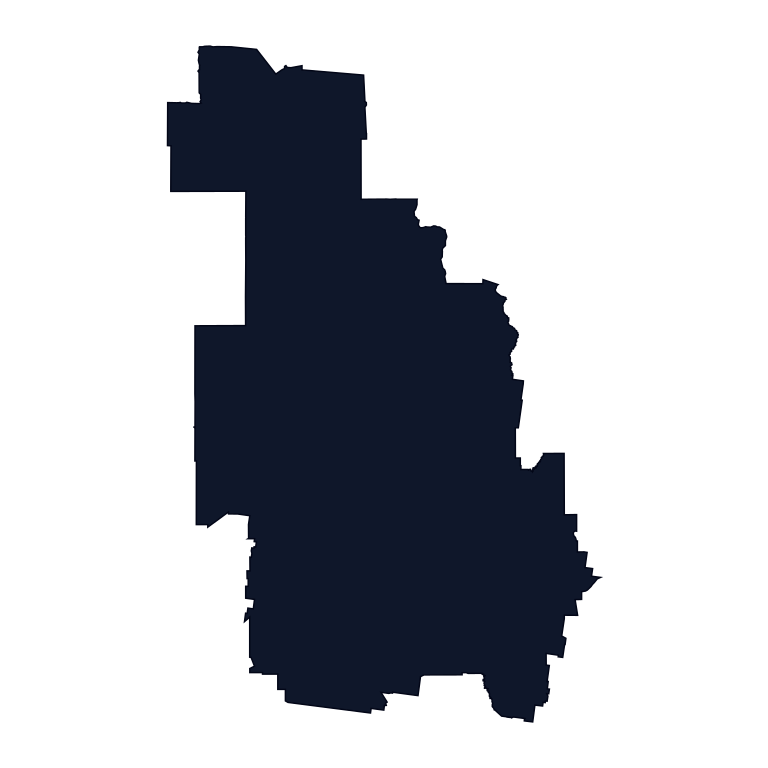 Buloke, Victoria, Australia (Mercator projection)
{"feature_id": "25037944B21796127243371", "entity_name": "Buloke", "entity_type": "district", "adm_level": 2, "iso_a3": "AUS", "parent_name": "Australia", "parent_adm1": "Victoria", "projection": "mercator", "projection_center": [143.17, -35.846], "detail": "fine", "context": "isolated", "style": "filled", "palette": "ink", "viewbox_px": 768, "rotation_deg": 0, "n_neighbors": 0, "source": "geoboundaries", "source_scale": "gbopen_adm2", "svg_char_len": 6096}
<svg xmlns="http://www.w3.org/2000/svg" viewBox="0 0 768 768"><path d="M167.7,102.6L167.5,145.6L171.0,145.8L170.8,191.4L245.9,191.2L245.7,217.2L245.9,217.8L245.7,218.2L245.7,235.2L245.9,237.4L245.7,237.6L245.7,243.8L245.8,260.8L245.5,296.6L245.6,325.6L195.0,325.8L194.9,393.7L195.1,401.8L195.0,427.0L193.5,426.9L194.5,427.5L195.0,428.4L194.9,461.0L196.4,461.0L196.3,524.6L207.8,524.6L207.8,527.1L228.4,512.0L228.5,513.9L237.8,514.0L249.8,515.7L248.5,524.5L248.6,538.4L248.1,538.7L254.6,538.7L254.2,541.6L256.4,541.9L255.7,547.0L254.1,546.8L253.9,548.2L251.8,547.9L251.3,550.9L251.9,553.4L251.3,557.3L249.9,557.1L250.0,570.9L247.0,570.9L247.1,578.6L248.2,578.6L248.2,586.3L245.7,586.3L245.7,598.2L254.5,599.4L253.3,608.9L247.9,608.1L247.2,613.4L245.6,613.2L244.5,621.6L249.7,617.1L249.7,657.2L251.1,657.4L254.5,666.2L249.8,668.5L249.8,672.6L262.5,672.6L262.5,674.1L277.8,674.1L277.8,689.4L285.4,689.4L285.4,700.9L288.0,702.4L370.5,713.0L371.1,708.4L383.8,710.1L384.4,705.3L385.9,705.5L386.3,705.4L385.6,703.2L387.1,702.1L381.0,692.3L388.9,693.4L390.8,692.9L392.5,693.1L392.6,692.2L418.0,695.6L420.5,676.6L424.0,674.9L462.1,674.8L462.1,672.7L466.1,672.6L468.1,673.4L481.9,673.3L482.2,674.2L482.9,674.1L483.6,674.3L483.6,674.5L483.2,674.7L483.7,675.4L485.0,675.6L484.8,676.0L484.0,675.8L483.8,676.3L484.1,677.2L484.2,678.3L484.5,678.6L484.5,679.2L484.2,679.5L483.2,679.5L483.0,680.1L483.2,680.9L484.7,681.1L484.9,681.3L484.5,681.8L484.0,683.2L484.5,684.4L484.2,685.5L484.7,686.1L485.3,686.1L485.5,686.6L484.5,687.8L484.5,688.2L485.0,688.3L485.8,687.9L486.8,688.5L488.1,688.7L488.0,689.0L487.1,689.8L487.2,690.6L487.4,690.9L488.7,690.8L489.0,691.1L488.3,692.1L488.6,692.7L489.3,692.8L489.5,693.4L489.4,695.8L489.5,696.5L490.7,697.3L490.6,697.7L490.0,697.8L489.9,698.1L490.1,698.5L491.4,698.4L491.7,698.7L492.1,700.4L492.0,701.5L492.7,703.5L492.3,704.6L492.3,706.6L493.7,708.2L494.3,709.9L494.7,709.8L501.6,716.1L507.5,716.9L507.4,717.1L509.9,717.4L510.8,717.2L511.4,717.9L513.5,717.0L524.9,718.5L524.4,719.5L524.3,720.9L532.7,721.9L534.9,705.1L542.6,706.0L543.1,702.3L545.2,702.6L545.4,700.9L547.1,701.2L547.9,696.1L546.7,693.6L548.7,693.8L549.4,689.1L547.3,688.9L548.2,681.5L547.1,681.5L549.3,665.5L546.2,665.1L546.1,653.4L558.4,655.2L558.2,656.8L562.7,657.4L564.6,644.5L565.1,644.5L565.9,638.3L561.7,636.0L564.3,618.6L564.3,615.2L577.6,615.3L575.1,599.6L581.6,599.4L581.6,591.7L585.6,591.0L587.4,590.0L591.0,586.5L592.4,584.5L594.4,582.4L597.2,578.9L600.5,577.4L591.5,576.2L592.6,568.6L585.0,567.6L587.1,552.4L584.1,551.9L577.4,552.0L577.4,541.0L576.4,541.0L575.6,538.0L575.2,537.2L574.0,536.0L573.5,534.6L573.3,533.1L573.7,532.0L574.5,531.3L575.5,531.0L576.6,531.2L576.6,514.6L564.3,514.8L564.1,453.4L543.4,453.5L543.6,455.1L543.4,456.2L542.5,456.2L541.9,457.3L541.4,457.5L541.7,458.4L540.7,459.5L540.5,460.5L539.9,460.8L539.8,461.2L540.2,461.3L540.3,461.6L539.7,462.1L539.2,462.0L539.1,462.3L538.5,462.7L538.3,463.4L537.5,463.8L537.3,464.1L537.5,464.3L537.3,464.5L537.3,465.4L537.1,465.4L536.9,465.8L537.1,466.2L536.1,466.1L536.1,466.5L535.7,466.7L535.9,467.1L535.2,467.0L534.9,467.5L535.3,468.1L534.1,467.9L534.1,468.1L533.5,467.9L533.3,468.3L532.9,468.3L533.0,468.6L533.3,468.6L533.8,469.2L533.0,469.2L532.7,469.6L533.2,470.5L533.2,470.9L532.8,471.4L532.4,471.2L532.3,471.6L531.9,470.9L531.1,471.0L530.6,469.5L530.3,469.6L530.1,469.3L529.3,469.6L529.0,469.5L528.5,470.1L527.7,469.5L520.9,469.5L520.9,465.7L520.3,465.7L520.3,458.0L515.4,458.0L515.3,427.8L518.3,427.8L522.2,400.2L520.9,400.0L523.2,384.0L523.4,380.9L512.4,379.3L512.9,375.4L511.9,375.3L512.9,373.9L511.9,372.8L511.8,371.4L510.7,370.4L510.7,369.6L510.5,369.3L511.1,367.8L510.3,366.5L510.7,365.5L511.9,364.9L512.0,364.4L511.7,363.8L511.6,362.9L510.0,362.1L510.3,361.3L510.0,359.8L510.4,359.0L510.1,357.5L510.2,357.1L509.1,355.6L509.0,354.8L510.1,354.2L510.1,352.6L511.7,351.1L511.4,350.0L512.0,349.2L512.1,348.6L513.4,348.9L513.9,347.0L514.5,346.9L514.7,346.0L515.8,345.1L515.2,344.2L515.6,343.4L515.3,342.9L516.7,341.4L516.7,341.0L516.1,340.5L516.0,340.0L516.6,339.1L516.9,338.1L518.0,337.2L517.7,336.2L518.3,334.9L518.1,334.2L517.6,334.1L517.3,333.7L517.7,332.7L516.8,332.2L516.6,330.8L514.9,329.8L514.5,328.4L513.0,327.8L512.3,326.6L511.6,326.6L510.8,325.9L509.4,325.4L508.5,324.2L508.5,323.6L507.7,322.1L508.6,321.2L508.5,320.6L508.7,320.3L508.6,319.4L508.8,319.1L508.5,318.3L508.7,318.0L508.2,317.7L507.6,317.9L507.3,317.2L507.3,316.2L505.4,315.0L504.9,314.2L504.1,313.7L503.9,312.6L503.2,311.6L503.0,311.0L503.2,309.9L502.8,308.9L503.1,308.3L503.0,307.0L502.6,305.7L503.4,303.6L503.3,302.7L504.2,302.1L504.9,301.2L504.9,300.4L505.1,299.9L506.3,299.3L505.7,298.5L505.9,297.8L505.3,297.3L504.8,297.4L503.6,296.7L501.7,296.4L500.3,295.7L496.7,292.8L495.5,291.3L495.3,289.8L495.5,288.7L496.2,287.9L496.3,286.7L496.8,285.9L497.2,285.2L498.0,284.6L483.0,279.6L482.9,283.7L446.1,283.6L444.7,276.5L445.2,274.6L445.6,273.8L445.3,271.8L444.7,269.9L442.8,268.1L440.6,259.2L442.2,256.9L442.4,251.2L442.2,250.1L442.7,248.2L445.4,245.6L445.4,240.8L446.7,237.0L446.6,235.9L445.2,231.6L445.2,230.5L444.8,229.7L443.9,229.7L439.6,227.0L437.1,226.9L435.7,226.1L433.7,225.9L430.7,227.2L426.8,227.0L425.8,226.7L423.2,227.6L420.7,227.8L419.7,227.2L418.6,225.6L418.3,224.2L419.1,220.2L417.5,219.7L416.3,217.6L414.5,216.3L414.0,211.5L415.6,209.2L417.0,204.7L417.0,200.0L417.2,199.2L397.0,199.2L395.9,199.0L390.1,199.3L386.9,199.1L361.1,199.3L361.0,139.1L366.5,139.0L366.5,133.6L366.3,133.6L364.9,107.3L366.4,105.0L366.3,102.5L364.6,101.3L364.6,100.9L364.9,100.9L363.6,75.1L302.0,69.9L302.0,65.7L291.0,67.7L287.3,67.5L285.9,65.6L284.6,66.4L284.5,68.6L282.1,69.7L275.8,74.1L256.6,49.4L231.1,46.8L217.1,46.6L213.0,46.9L210.1,46.1L204.8,46.3L202.6,46.8L199.5,46.8L199.3,47.1L199.3,49.9L198.0,52.3L199.3,54.0L198.4,60.3L199.2,64.0L199.8,65.3L199.5,65.7L199.5,69.6L199.2,69.6L198.0,71.1L199.1,72.6L199.2,92.5L199.3,93.0L200.6,94.2L200.7,95.4L200.6,98.0L201.2,99.8L200.1,101.7L201.2,103.1L199.5,103.6L191.6,103.4L186.8,102.3L185.5,103.0L181.4,103.0L180.2,102.4L179.1,102.7L176.6,102.8L167.7,102.6Z" fill="#0f172a" stroke="#020617" stroke-width="1.5"/></svg>